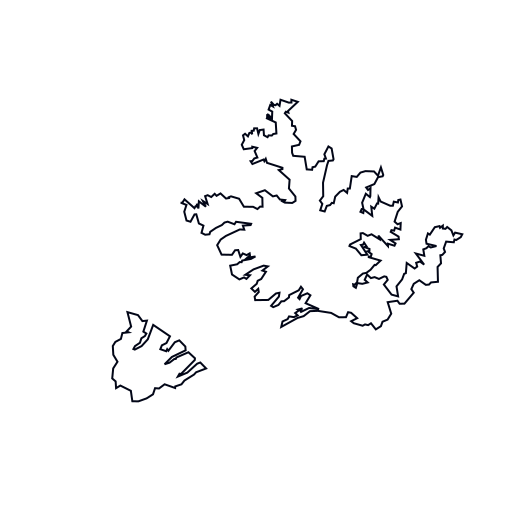 Hasvik nor, Finnmark, Norway, rotated 59°
{"feature_id": "86288312B50454164159248", "entity_name": "Hasvik nor", "entity_type": "district", "adm_level": 2, "iso_a3": "NOR", "parent_name": "Norway", "parent_adm1": "Finnmark", "projection": "orthographic", "projection_center": [22.251, 70.523], "detail": "fine", "context": "isolated", "style": "outline", "palette": "ink", "viewbox_px": 512, "rotation_deg": 59, "n_neighbors": 0, "source": "geoboundaries", "source_scale": "gbopen_adm2", "svg_char_len": 6142}
<svg xmlns="http://www.w3.org/2000/svg" viewBox="0 0 512 512"><g transform="rotate(59 256 256)"><path d="M343.6,68.0L338.5,73.3L340.0,76.2L334.6,75.3L329.6,77.2L330.3,79.6L328.7,81.7L326.2,80.2L326.6,83.7L324.9,83.3L323.4,87.9L327.2,96.0L325.2,97.0L329.6,102.0L333.3,103.5L340.4,96.2L338.7,101.8L336.4,103.2L337.1,105.9L336.5,109.2L342.5,111.6L336.2,117.7L350.0,116.3L345.2,118.3L344.3,122.2L348.1,123.3L348.4,126.5L339.6,130.4L347.9,136.4L347.6,138.2L351.3,142.8L354.4,151.2L363.8,155.0L358.9,159.7L346.3,161.1L344.3,155.4L341.0,155.0L339.5,156.6L339.0,162.4L335.2,165.2L334.1,168.9L329.1,170.3L332.4,175.1L336.2,173.9L334.6,179.2L331.4,183.1L334.7,186.8L332.1,188.1L330.3,187.3L331.4,186.3L330.6,182.9L327.1,179.9L326.1,173.4L327.3,170.1L326.8,164.9L324.7,158.9L325.5,158.1L324.1,151.6L314.5,160.5L315.5,157.7L313.9,155.9L309.5,157.8L310.0,156.1L308.4,155.1L304.2,158.4L304.7,156.3L300.2,156.5L301.4,158.3L300.6,160.4L312.2,159.9L309.6,165.3L301.1,166.6L294.9,171.3L295.6,170.4L294.6,169.5L295.5,157.5L290.5,154.7L291.4,152.6L296.2,149.9L296.9,145.8L305.3,141.5L301.5,140.6L315.5,137.8L313.4,136.6L318.5,132.0L317.1,129.9L311.3,132.7L315.2,124.9L312.8,123.8L304.7,128.1L303.6,126.6L305.4,124.5L303.3,122.2L307.7,118.6L302.3,115.0L301.7,118.3L297.9,119.5L291.1,111.7L288.7,105.3L282.0,103.1L281.3,105.2L283.2,106.8L280.4,109.9L283.4,112.8L282.0,115.1L273.5,121.1L268.8,120.7L274.0,124.3L273.3,125.2L276.4,130.2L273.1,131.8L281.5,135.7L271.6,139.7L274.4,141.9L271.9,143.7L270.2,141.2L271.2,139.7L265.0,137.6L259.2,129.8L264.2,128.0L263.6,127.2L256.8,122.9L257.1,126.0L254.0,126.3L255.3,117.5L251.3,110.8L252.9,106.4L252.1,105.2L244.4,103.3L250.0,110.1L244.3,111.3L239.6,118.5L238.3,123.5L240.1,128.9L236.8,132.8L246.5,140.8L245.4,142.6L248.8,145.4L244.5,146.9L244.2,151.0L245.9,157.5L250.8,162.2L249.5,163.6L250.5,166.3L249.5,169.5L253.2,174.2L249.9,177.4L245.5,172.3L241.4,172.7L239.4,167.6L227.7,160.8L214.7,148.3L211.8,144.9L213.7,140.9L213.0,139.7L202.8,135.8L199.4,137.5L204.0,145.0L208.5,145.9L207.8,147.3L209.6,149.1L207.1,153.6L209.9,159.2L209.0,161.8L211.0,163.5L207.9,167.9L196.0,163.2L189.3,172.5L186.1,171.9L180.6,168.8L182.9,161.8L180.6,158.8L170.8,160.9L168.5,156.7L164.9,155.7L162.9,158.1L158.9,155.5L148.5,157.8L147.7,156.1L149.8,154.4L148.2,153.9L145.4,140.8L140.3,145.2L142.7,146.6L141.4,148.9L134.7,154.5L139.4,158.5L136.4,159.5L136.8,161.6L135.8,162.8L131.4,163.7L136.5,164.5L133.9,166.0L137.0,169.8L140.6,167.7L146.4,171.5L144.3,171.6L142.9,172.5L141.6,172.5L140.1,173.4L146.3,172.5L141.7,174.3L143.7,175.5L142.8,176.3L151.7,170.3L161.5,175.4L160.3,178.4L160.9,180.4L159.1,183.1L160.1,184.9L156.6,187.0L151.5,184.4L150.0,187.9L152.6,191.1L147.1,189.3L145.6,191.8L147.4,193.4L146.5,195.2L149.7,196.6L147.6,196.7L147.1,198.3L149.3,201.3L145.6,202.4L145.9,205.0L150.6,206.4L153.3,210.9L158.2,211.5L161.6,203.6L160.4,202.9L163.9,199.3L165.3,203.1L172.3,204.1L171.5,207.2L172.7,210.2L172.0,211.8L175.3,211.7L177.2,199.8L179.0,200.0L177.7,197.6L181.8,198.6L194.0,187.9L195.1,188.6L194.1,192.2L207.9,187.9L215.1,193.0L225.3,191.6L229.1,193.7L229.2,197.6L225.1,203.8L222.4,205.4L222.1,204.2L223.4,202.8L223.1,202.2L219.9,206.4L214.8,207.1L213.6,210.8L204.2,214.5L202.3,223.5L209.4,220.6L217.1,225.0L215.8,227.0L216.5,230.6L212.4,233.1L207.5,241.0L198.2,241.0L192.0,246.7L191.6,249.1L192.4,249.3L191.3,252.1L184.1,254.2L184.1,258.8L181.4,259.4L182.4,264.0L179.0,266.1L178.5,268.8L186.5,270.7L181.5,273.2L187.9,273.6L179.7,276.8L185.6,280.9L180.7,279.8L183.3,281.1L182.2,282.2L183.3,284.1L170.6,288.1L172.4,291.7L171.5,293.1L176.4,289.3L181.1,294.7L189.8,297.3L192.9,294.5L188.7,287.3L189.5,285.7L198.7,288.2L202.9,285.4L208.1,290.8L211.6,288.6L213.4,284.7L211.7,282.8L211.3,275.9L211.9,269.3L211.1,265.8L212.0,262.6L217.7,258.1L216.4,255.5L225.9,243.6L226.7,244.7L223.2,251.6L227.4,252.5L224.9,256.2L223.3,271.4L223.7,277.8L226.7,283.7L237.1,284.8L242.6,276.0L240.3,271.0L241.7,268.2L248.7,269.8L247.0,266.0L250.4,263.6L250.5,260.1L252.4,260.9L253.0,264.4L256.1,256.7L255.9,261.8L252.8,270.2L253.9,271.5L252.8,273.1L253.4,276.4L251.0,283.1L259.5,286.1L267.5,282.3L268.2,277.3L270.7,276.0L269.4,271.1L266.6,274.8L266.2,265.0L268.2,254.4L271.0,251.2L271.8,258.0L274.6,255.6L278.4,263.4L278.1,267.3L280.2,269.7L281.4,276.7L286.2,275.4L285.3,271.0L288.3,272.2L290.1,278.1L293.4,279.4L300.0,268.1L298.4,258.2L299.6,254.8L302.6,257.3L306.5,268.7L308.7,267.6L309.5,262.0L307.9,257.6L309.2,255.2L308.5,249.1L306.6,247.7L307.4,237.0L305.5,233.3L308.7,232.9L313.4,241.4L315.4,240.9L313.5,238.0L314.4,231.2L317.7,229.6L322.0,237.8L334.0,229.3L327.9,237.3L327.1,246.2L325.4,246.2L324.8,243.2L323.5,247.6L324.7,246.9L325.1,251.8L328.3,250.9L327.9,255.0L324.8,258.8L326.4,261.4L325.8,267.0L329.8,270.9L330.5,252.2L332.1,246.1L331.1,238.1L334.9,231.2L343.5,220.9L351.3,216.4L354.8,210.4L351.6,206.0L353.7,203.7L361.4,201.3L360.9,208.0L364.0,206.8L370.7,200.5L370.8,197.8L373.0,195.5L372.9,192.1L380.6,191.1L380.5,185.1L377.5,181.4L378.3,176.0L375.1,169.8L363.4,166.9L367.2,157.8L370.9,157.5L373.3,153.3L368.7,139.7L364.4,139.9L361.1,135.1L360.9,128.5L368.2,125.3L369.6,122.4L368.8,119.6L371.8,113.3L358.9,106.0L357.6,101.2L350.3,97.6L351.0,95.7L349.9,91.9L346.2,91.2L341.6,85.6L346.1,79.4L344.1,77.4L345.4,76.2L345.3,70.8L343.6,68.0ZM278.8,436.3L286.9,442.3L291.2,440.9L297.2,444.0L297.2,439.0L307.1,432.7L316.8,436.8L320.0,431.7L321.7,423.1L321.5,415.5L317.3,410.6L319.6,407.4L318.9,400.4L327.5,393.3L326.2,392.4L327.6,386.0L325.9,381.5L325.7,370.2L324.8,367.2L326.7,356.7L318.6,358.6L318.0,361.9L320.6,374.9L319.1,385.1L317.5,382.2L318.5,381.1L313.6,362.0L312.2,361.0L303.7,363.5L302.0,376.5L302.9,377.8L302.2,378.9L302.9,385.0L301.7,390.1L299.2,380.1L300.6,364.9L297.2,363.2L288.8,365.2L288.1,370.0L292.1,379.9L290.1,380.1L291.4,382.0L286.6,386.0L284.1,382.7L284.5,377.6L280.5,371.1L262.1,379.6L271.7,391.7L274.3,400.5L273.8,408.1L272.6,409.0L270.9,406.1L270.6,400.2L267.5,396.6L267.4,392.5L266.0,389.9L262.8,391.5L255.2,382.8L253.3,386.9L245.9,387.6L237.9,395.1L252.2,399.4L254.0,405.7L255.8,404.5L253.2,410.2L257.5,414.5L257.2,420.8L259.4,425.1L267.2,429.2L275.3,429.2L278.8,436.3Z" fill="none" stroke="#020617" stroke-width="2"/></g></svg>